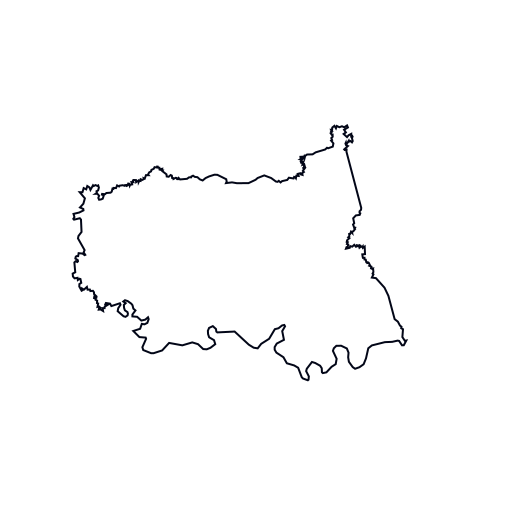 Phon Charoen, Bueng Kan, Thailand, rotated 319°
{"feature_id": "78962969B2501060362083", "entity_name": "Phon Charoen", "entity_type": "district", "adm_level": 2, "iso_a3": "THA", "parent_name": "Thailand", "parent_adm1": "Bueng Kan", "projection": "albers", "projection_center": [103.668, 18.069], "detail": "fine", "context": "isolated", "style": "outline", "palette": "ink", "viewbox_px": 512, "rotation_deg": 319, "n_neighbors": 0, "source": "geoboundaries", "source_scale": "gbopen_adm2", "svg_char_len": 6154}
<svg xmlns="http://www.w3.org/2000/svg" viewBox="0 0 512 512"><g transform="rotate(319 256 256)"><path d="M308.3,414.0L307.6,419.2L309.0,420.3L314.0,418.4L312.7,417.6L313.3,413.2L318.9,407.7L318.2,405.8L319.4,404.8L319.0,403.0L320.0,398.6L319.2,394.6L329.8,372.9L332.2,364.2L332.0,351.4L329.3,348.3L332.6,346.9L332.4,345.8L334.1,345.1L335.6,343.0L335.3,342.2L336.1,342.0L334.8,340.7L336.1,339.7L335.1,337.7L336.0,337.6L336.6,335.2L335.5,334.4L336.1,333.9L335.2,333.0L336.4,330.8L335.6,329.8L336.7,328.5L335.5,327.6L335.9,326.7L337.3,324.5L339.5,326.1L344.2,320.2L342.1,320.0L342.9,318.8L342.0,319.0L341.6,317.7L340.8,317.7L341.6,316.7L341.2,315.8L340.0,316.5L340.4,315.6L339.4,314.3L339.0,315.1L337.5,314.6L337.5,312.0L334.8,312.1L333.6,310.4L332.1,311.3L328.7,309.5L330.1,308.7L331.3,309.2L333.1,307.9L332.5,306.6L334.3,305.8L333.7,304.9L335.1,303.9L338.2,303.8L337.9,302.4L339.3,302.4L340.8,300.5L341.6,301.1L343.6,300.0L343.7,301.6L344.3,300.5L345.6,301.2L348.3,300.7L348.2,300.0L349.4,299.6L348.8,298.8L349.9,295.9L351.6,295.7L354.1,291.3L358.0,290.9L361.2,293.0L362.7,292.2L362.5,291.3L363.5,290.2L365.6,290.0L367.0,288.7L392.7,236.6L394.1,235.2L392.5,234.2L392.5,233.4L397.5,233.3L396.7,231.5L397.3,229.8L398.2,229.4L397.6,230.4L398.3,230.9L401.8,229.8L401.4,230.8L402.7,231.2L403.0,233.2L404.4,232.7L405.8,229.9L407.2,229.3L407.4,228.4L406.4,228.1L408.0,226.3L405.1,225.6L402.7,226.0L402.2,221.4L404.9,221.7L405.3,218.5L409.7,219.3L410.4,217.2L407.0,216.7L406.0,214.5L403.4,213.5L402.3,210.9L400.1,212.1L400.6,209.2L397.9,209.1L396.5,210.2L396.9,211.1L395.6,210.0L395.4,211.6L394.4,211.2L394.0,212.4L392.9,212.3L392.7,214.3L393.4,214.7L392.1,216.3L390.2,216.4L389.5,218.4L388.4,218.2L388.3,221.8L385.7,223.8L381.1,222.0L380.6,220.9L378.1,221.0L369.0,216.9L365.4,216.4L361.1,212.9L358.8,212.7L356.9,214.0L357.5,212.6L356.5,213.1L356.8,212.0L354.6,210.3L354.0,211.2L354.6,212.4L352.9,212.1L354.0,213.4L351.8,213.9L351.5,214.7L352.9,215.4L352.0,215.6L352.9,216.3L350.6,217.2L351.7,216.8L352.1,217.5L351.3,217.8L352.6,218.3L351.6,220.4L351.1,219.8L350.2,220.8L348.7,220.3L350.3,221.8L347.2,222.5L347.2,224.0L345.2,223.7L344.3,225.3L343.4,223.9L343.7,222.6L341.6,221.5L340.3,221.2L341.5,222.2L340.7,223.6L339.1,221.9L337.1,223.5L337.2,222.3L336.2,221.9L337.0,221.8L336.7,221.3L335.2,222.1L332.2,218.5L329.5,219.1L324.8,216.6L322.8,216.6L322.5,214.2L321.0,214.2L319.9,212.9L318.6,207.1L315.1,200.6L308.4,198.2L305.7,198.2L298.2,196.1L289.4,188.6L286.2,184.7L281.2,181.3L282.7,180.6L283.9,178.5L280.1,169.4L278.0,167.4L272.9,165.2L269.1,164.1L265.3,164.0L263.9,161.3L263.5,158.1L261.7,156.1L261.2,154.1L259.4,153.6L258.7,154.1L257.1,152.7L254.6,152.5L248.9,148.4L248.8,146.4L247.7,146.9L246.9,146.2L247.3,145.1L246.7,144.3L244.2,143.7L244.6,142.9L243.9,142.1L245.2,140.1L244.7,138.9L242.1,138.9L240.8,137.4L242.0,135.6L241.0,130.5L241.9,130.2L241.3,129.4L242.4,128.6L241.1,127.9L240.6,128.5L239.9,127.5L241.0,126.0L240.0,125.0L240.5,124.1L240.0,123.6L239.2,124.1L237.7,122.4L236.0,123.1L233.6,122.4L232.3,123.3L230.2,122.8L227.9,123.7L227.9,124.5L226.0,122.8L222.8,124.6L222.3,123.6L221.9,124.4L220.1,124.0L219.4,122.6L218.1,123.7L217.2,122.7L216.0,123.2L217.0,121.9L214.0,121.6L215.2,119.9L213.3,118.2L212.6,118.3L211.9,119.9L210.5,118.5L209.5,120.7L207.7,119.7L206.8,120.1L207.7,118.3L207.1,117.5L205.9,118.1L205.1,117.6L205.4,118.4L204.3,118.3L203.7,116.7L202.9,116.8L201.8,115.1L199.3,113.5L198.3,113.7L197.5,111.6L194.9,112.9L193.2,111.2L192.4,111.8L191.9,111.0L189.3,112.8L187.8,112.8L184.4,110.3L182.6,110.3L180.6,108.2L180.0,108.6L180.9,110.4L177.9,112.2L176.1,111.6L174.5,110.6L175.1,108.7L177.1,107.6L177.1,105.0L175.7,103.8L177.3,104.0L178.1,102.5L179.9,102.9L182.3,101.3L183.2,99.2L182.2,99.0L181.4,97.2L179.4,96.7L179.4,95.7L174.4,97.5L175.3,94.9L174.6,92.5L171.6,94.3L170.5,91.7L166.9,94.0L164.8,92.2L164.7,100.2L160.0,103.3L155.0,103.9L156.5,107.2L155.7,108.4L151.1,107.2L145.9,104.5L144.5,107.5L142.5,108.1L142.5,109.2L147.8,111.9L147.8,113.7L140.1,123.4L135.2,124.4L133.2,125.9L130.5,139.1L128.3,140.2L127.9,143.1L127.2,142.9L126.7,140.4L124.0,137.5L121.7,139.4L120.4,138.3L119.3,138.4L118.0,139.4L118.8,142.2L118.2,143.2L117.2,143.3L116.4,141.6L114.7,141.7L108.9,149.7L106.1,149.0L104.4,151.4L104.4,153.8L107.0,155.4L105.8,157.2L107.9,157.4L108.4,158.2L106.5,161.6L104.3,161.3L102.6,163.1L101.6,167.8L102.5,168.0L103.5,166.6L104.1,168.5L108.1,168.4L106.8,170.9L108.6,172.3L108.0,173.8L110.1,175.3L109.9,177.1L108.8,178.5L109.1,181.9L108.4,182.5L107.3,180.6L106.2,181.5L107.2,182.9L106.2,183.7L106.8,185.5L105.1,187.2L105.7,188.3L103.0,190.4L104.4,191.1L104.6,193.0L103.1,192.6L102.1,193.3L103.6,194.3L104.5,197.2L106.0,194.7L107.5,196.0L108.5,195.0L111.6,195.5L110.4,193.7L111.9,193.0L114.6,196.2L114.0,198.9L122.3,202.4L121.8,203.9L117.8,205.0L115.4,206.9L116.5,214.6L117.6,216.3L120.1,216.6L121.5,215.5L122.2,214.0L121.4,211.0L122.4,208.6L124.2,206.2L126.7,206.1L126.0,203.3L128.1,203.4L129.6,205.9L130.6,210.2L130.5,212.1L128.9,215.3L129.3,218.0L124.3,219.1L123.1,220.5L126.4,223.9L127.1,229.5L130.7,231.4L134.3,231.4L133.6,233.2L130.1,235.2L127.0,234.4L125.3,232.3L120.8,234.9L114.2,232.1L114.8,240.7L119.2,245.2L118.7,246.4L110.4,250.3L109.2,253.0L113.1,260.6L115.0,262.2L123.2,265.7L133.4,264.6L141.8,275.1L151.2,279.4L154.4,284.5L155.1,291.6L157.6,294.1L161.4,295.4L167.4,295.8L169.1,292.0L167.3,286.6L168.6,283.5L170.6,280.9L173.4,279.5L177.4,280.6L177.9,284.8L176.5,287.0L176.7,288.3L190.3,299.0L192.4,318.2L194.1,323.7L196.7,326.8L202.3,325.7L211.6,327.1L222.2,323.6L225.6,325.3L230.1,325.5L232.1,326.6L231.8,328.1L226.5,329.9L222.1,337.6L214.2,335.7L210.3,337.0L208.6,339.0L208.0,342.3L210.3,350.4L208.9,357.2L213.0,363.6L214.5,368.0L211.0,377.5L211.1,379.3L213.6,383.8L214.5,383.8L216.9,381.5L218.3,375.8L220.4,374.4L228.7,372.7L230.5,375.6L232.4,380.9L232.0,383.8L229.5,387.0L229.6,388.2L232.8,390.0L240.4,389.2L245.2,389.9L249.4,386.5L251.8,378.1L254.2,376.7L257.7,376.5L261.4,379.6L263.9,385.4L262.4,389.7L259.1,392.9L256.7,396.8L256.1,403.3L256.8,406.1L261.1,407.8L266.2,408.3L271.9,405.4L280.2,399.3L284.8,399.5L296.8,405.6L302.4,410.1L307.4,412.8L308.3,414.0Z" fill="none" stroke="#020617" stroke-width="2"/></g></svg>